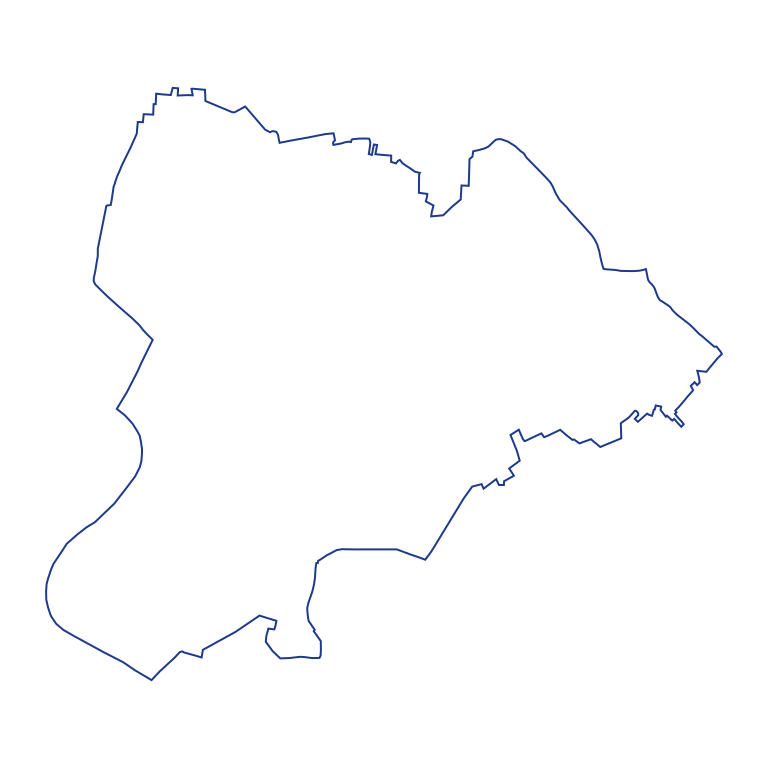 the district of Van Giang, Hưng Yên, Vietnam
{"feature_id": "81297802B33082020704537", "entity_name": "Van Giang", "entity_type": "district", "adm_level": 2, "iso_a3": "VNM", "parent_name": "Vietnam", "parent_adm1": "Hưng Yên", "projection": "natural_earth1", "projection_center": [105.961, 20.93], "detail": "fine", "context": "isolated", "style": "outline", "palette": "blue", "viewbox_px": 768, "rotation_deg": 0, "n_neighbors": 0, "source": "geoboundaries", "source_scale": "gbopen_adm2", "svg_char_len": 4789}
<svg xmlns="http://www.w3.org/2000/svg" viewBox="0 0 768 768"><path d="M116.9,408.7L116.8,408.9L124.9,415.3L130.7,421.6L132.5,423.6L137.1,430.9L139.7,435.7L140.8,441.0L142.0,449.0L142.0,453.6L141.8,455.9L141.4,461.0L139.8,467.2L135.2,476.3L127.4,486.7L114.3,503.6L94.9,522.2L86.5,527.3L77.4,534.4L68.4,542.3L66.7,543.8L62.3,550.7L57.6,557.7L53.3,564.2L50.9,570.0L48.0,578.8L46.6,584.1L46.1,591.4L46.3,599.9L48.1,607.6L49.7,612.5L51.0,616.1L56.2,623.8L62.1,628.8L63.5,630.0L74.8,636.5L87.9,643.6L103.6,652.2L113.6,657.3L122.7,662.0L123.3,662.3L135.0,670.3L151.5,680.1L159.9,671.2L174.6,657.7L179.9,652.0L182.5,651.4L183.8,652.4L192.5,654.8L198.8,656.6L201.6,657.5L202.9,649.8L235.5,631.9L259.5,615.6L265.5,617.5L276.4,620.8L275.5,625.6L274.3,629.4L268.4,628.6L266.3,636.2L265.8,641.8L272.8,651.3L280.3,658.4L289.9,658.0L300.1,656.8L304.7,657.1L312.2,658.1L319.5,657.9L320.6,655.6L320.9,650.1L320.8,641.1L313.7,631.1L314.7,629.8L308.7,621.0L308.1,618.0L307.6,613.6L307.3,610.1L307.3,607.6L308.5,602.5L312.0,592.5L313.0,588.9L314.1,583.9L314.7,579.6L314.9,578.7L315.6,567.8L316.3,563.1L317.9,562.9L318.1,560.9L320.2,559.7L326.6,555.4L336.7,550.1L341.7,549.2L354.9,549.4L396.8,549.4L410.0,554.3L418.8,557.3L425.3,559.7L431.8,550.8L447.4,525.2L463.5,498.7L472.2,486.6L481.6,484.1L483.6,488.7L496.2,479.1L498.9,485.0L503.9,485.0L504.1,481.2L513.8,475.8L513.9,475.7L509.2,468.5L519.7,460.7L517.0,451.1L510.5,435.0L518.8,429.7L522.8,438.9L524.4,441.0L525.3,441.0L531.5,438.0L535.5,436.1L541.4,433.4L544.1,437.2L548.1,435.6L560.2,429.8L564.6,433.6L567.7,436.2L572.5,439.9L574.1,439.5L579.4,443.4L591.0,439.2L593.9,441.8L596.7,444.0L600.2,447.0L621.3,438.3L620.8,423.3L622.6,421.9L626.0,419.6L628.9,417.4L629.5,416.8L634.9,410.8L635.8,410.8L637.3,411.8L638.2,413.5L638.2,415.2L634.8,418.9L635.9,419.9L636.8,420.8L637.9,421.8L641.5,418.6L647.1,413.6L648.6,414.6L650.3,415.3L652.0,415.8L653.2,412.0L653.8,409.7L654.8,409.5L655.3,407.3L655.7,405.5L661.2,406.6L660.5,409.9L665.9,416.8L667.0,415.7L672.3,420.6L674.2,418.9L677.7,423.0L681.3,426.8L681.4,426.7L683.7,424.2L681.5,421.3L678.3,418.0L674.9,413.9L676.5,412.4L675.3,410.6L679.1,406.7L681.2,404.2L683.5,401.6L687.1,397.1L690.2,393.6L692.0,391.6L693.1,390.1L690.8,385.9L694.6,382.2L697.2,385.1L699.7,382.6L699.0,377.7L697.3,370.8L706.4,371.8L709.3,368.1L717.7,358.1L721.9,354.0L720.4,351.4L716.4,346.5L714.4,346.8L713.2,345.8L710.1,343.1L706.1,339.7L702.9,336.8L701.9,336.0L699.9,334.6L699.2,333.9L697.7,332.5L695.4,330.1L692.7,327.4L689.9,324.7L684.7,320.6L677.5,315.1L675.0,312.7L673.4,311.1L672.3,310.0L671.5,308.7L670.8,307.8L669.8,306.7L668.1,305.4L666.3,304.2L663.4,302.3L661.6,301.1L660.1,300.4L659.2,299.1L657.9,297.1L655.9,291.9L654.8,288.7L653.7,286.7L651.9,284.4L649.6,282.2L648.2,280.0L647.6,277.7L646.8,273.4L646.3,270.9L645.9,269.1L642.8,270.0L639.3,270.7L635.2,271.0L630.4,271.1L626.2,271.0L620.8,270.9L615.9,270.0L606.3,269.3L603.6,268.9L602.2,264.7L600.5,257.7L599.2,251.1L597.2,244.5L594.7,239.6L591.8,235.3L585.7,228.4L569.6,210.8L566.7,207.2L559.8,200.2L556.5,194.7L554.7,191.1L553.0,187.0L550.6,182.7L546.8,178.4L537.3,168.6L526.6,157.7L523.7,153.3L520.6,151.1L515.3,146.2L507.9,141.6L501.1,139.2L497.8,139.2L495.6,139.9L488.4,146.6L484.7,148.4L479.0,150.0L473.2,151.3L472.4,156.7L469.5,159.1L469.2,170.1L468.7,185.8L461.5,185.5L460.7,199.5L451.5,207.2L443.2,215.3L431.2,216.4L431.7,212.4L433.5,205.5L425.8,201.4L426.8,197.6L427.3,193.9L424.9,193.6L418.9,192.8L419.1,174.6L419.9,172.9L415.1,171.8L410.0,168.2L405.8,165.5L402.4,163.1L399.9,159.9L398.0,160.8L396.0,163.4L391.1,161.9L391.2,155.6L383.6,155.0L375.4,154.2L377.1,145.0L373.9,144.5L371.9,154.9L368.8,154.0L369.9,146.7L370.3,143.0L370.1,141.6L369.6,139.8L369.1,138.7L366.1,138.5L359.3,138.6L355.0,139.0L352.3,139.3L351.5,140.0L351.0,142.0L348.3,141.7L344.9,142.3L341.9,143.3L340.0,143.7L333.4,144.9L333.1,143.6L333.3,142.0L335.0,140.3L334.1,135.9L333.7,134.0L333.5,133.3L325.3,134.1L308.1,137.5L291.3,140.5L279.6,142.8L278.8,139.3L278.0,134.8L276.3,131.8L273.3,131.2L272.1,131.3L270.0,132.2L267.3,130.8L266.2,130.2L265.0,129.5L245.2,106.5L234.6,112.3L232.2,112.2L205.4,101.0L205.3,96.9L205.0,89.8L192.7,88.7L191.5,88.8L192.7,95.3L187.7,95.1L180.1,95.4L177.7,95.5L178.1,88.6L178.1,88.3L172.7,87.9L170.8,95.0L162.4,94.4L156.2,93.7L155.7,104.1L153.6,104.1L153.2,114.6L143.7,114.2L142.9,122.2L137.8,122.0L137.1,129.3L136.8,133.6L130.7,147.3L121.9,165.2L119.3,171.6L117.0,176.6L116.4,178.6L114.9,182.9L114.9,183.4L113.6,186.9L111.8,199.2L110.8,204.9L106.5,205.7L106.2,206.7L97.8,248.8L97.8,256.0L96.5,263.4L95.3,271.1L93.7,278.5L93.7,281.3L95.4,284.6L100.1,289.3L107.0,296.0L118.3,306.2L126.2,313.1L132.1,318.2L137.2,323.1L139.9,325.9L142.9,329.8L147.0,334.2L152.7,339.8L141.2,363.2L137.7,371.1L126.9,392.2L116.9,408.7Z" fill="none" stroke="#1e3a8a" stroke-width="2"/></svg>